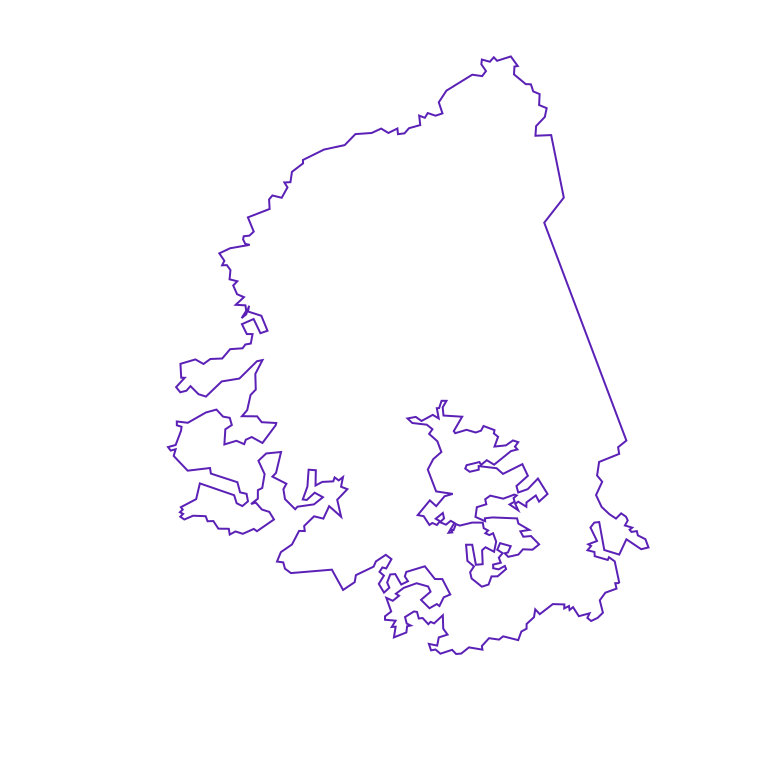 the district of Cañazas, Veraguas, Panama, rotated 254°
{"feature_id": "35544464B38467816512648", "entity_name": "Cañazas", "entity_type": "district", "adm_level": 2, "iso_a3": "PAN", "parent_name": "Panama", "parent_adm1": "Veraguas", "projection": "natural_earth1", "projection_center": [-81.335, 8.382], "detail": "fine", "context": "isolated", "style": "outline", "palette": "violet", "viewbox_px": 768, "rotation_deg": 254, "n_neighbors": 0, "source": "geoboundaries", "source_scale": "gbopen_adm2", "svg_char_len": 6166}
<svg xmlns="http://www.w3.org/2000/svg" viewBox="0 0 768 768"><g transform="rotate(254 384 384)"><path d="M114.6,360.3L109.2,363.9L109.7,376.2L104.6,378.9L103.6,383.9L107.4,393.1L101.5,405.4L105.1,405.8L110.7,414.9L106.6,424.1L108.6,429.0L100.8,442.4L108.2,447.8L109.5,453.6L114.0,454.9L118.5,463.9L125.7,467.3L119.8,470.3L125.9,485.6L122.4,496.6L118.6,495.4L119.6,500.6L115.6,500.1L117.4,504.2L107.1,507.3L106.9,518.4L103.1,515.0L99.1,517.8L100.3,524.9L103.8,531.4L116.6,531.8L122.4,539.3L123.2,551.1L128.8,551.4L128.0,554.5L128.5,555.4L149.9,556.9L155.5,552.5L153.2,550.6L160.4,539.1L164.5,540.0L168.1,533.8L171.2,538.4L173.6,536.2L174.4,545.5L189.1,542.9L192.8,547.9L192.0,552.8L163.7,550.0L155.2,563.1L167.9,574.2L154.3,585.7L154.0,593.2L162.8,592.5L168.5,586.3L172.9,586.5L173.6,581.1L176.2,579.9L177.5,583.0L181.6,576.6L185.7,580.7L189.8,580.0L194.3,576.3L190.7,569.9L196.7,564.8L205.9,559.3L218.8,557.2L229.9,566.8L237.3,563.6L249.8,569.3L252.0,590.8L258.7,591.6L262.8,601.4L494.9,582.5L513.6,608.2L577.2,613.3L580.9,598.0L590.0,601.3L596.4,612.2L604.3,616.4L609.4,610.0L619.8,613.5L624.1,608.1L631.6,607.8L633.2,602.9L645.8,594.3L653.2,596.9L652.8,600.2L663.9,596.2L663.5,581.8L667.8,579.6L664.6,574.6L668.9,567.5L664.5,565.7L656.7,568.3L652.9,563.2L657.0,554.1L648.8,524.9L639.7,514.3L628.0,514.8L627.7,507.5L632.4,500.7L628.6,496.6L632.3,491.8L622.9,490.2L623.0,478.5L619.3,472.8L620.3,466.3L625.9,467.3L624.1,457.4L630.3,451.7L628.7,441.3L632.1,425.4L624.5,412.1L625.9,390.9L621.7,367.8L618.4,367.0L613.3,354.0L603.8,349.7L605.2,343.8L599.6,345.4L591.2,337.0L596.0,328.7L593.1,324.4L583.8,322.3L581.7,299.1L566.4,300.8L563.7,295.5L564.7,289.9L561.8,288.4L556.9,289.3L554.8,293.3L556.9,273.5L555.0,261.7L546.4,264.5L542.7,261.1L541.6,265.7L535.8,267.8L527.2,264.4L523.2,271.3L520.3,266.2L510.8,267.5L506.1,273.3L501.0,263.3L497.8,272.5L492.3,271.7L486.6,265.3L488.9,270.7L496.4,275.9L491.2,273.2L483.4,284.9L467.3,286.7L466.9,279.2L482.4,276.6L480.7,263.9L469.8,265.9L468.2,271.4L459.6,267.1L460.2,261.6L457.3,257.9L459.9,245.7L453.1,235.5L455.9,224.0L453.0,216.0L459.6,209.5L459.5,193.9L446.0,190.8L444.9,194.1L438.3,183.3L432.2,185.9L432.0,192.2L435.3,197.4L425.3,202.9L421.0,209.4L431.2,228.7L429.1,246.5L440.9,268.1L440.5,273.8L429.2,263.1L414.0,259.2L410.2,252.7L396.6,245.3L392.2,238.6L387.9,253.1L381.0,255.9L376.2,269.7L374.2,268.5L360.8,250.9L369.5,242.2L368.5,235.8L364.7,233.0L370.1,226.5L369.9,213.9L384.2,219.0L386.5,226.4L394.0,226.4L397.0,220.3L405.6,215.9L405.7,204.9L400.8,184.7L405.1,174.5L401.4,173.5L398.7,177.6L395.0,176.0L382.8,166.9L382.9,159.0L378.8,160.6L378.7,165.7L372.8,162.0L354.8,171.4L351.2,193.6L345.6,192.9L330.0,216.0L319.5,215.8L316.3,221.6L308.7,220.9L305.7,214.2L310.0,209.5L318.4,209.3L339.2,179.6L325.1,171.7L321.6,154.8L318.8,155.9L317.0,152.5L314.5,155.1L312.6,151.6L308.8,154.7L310.0,164.2L306.1,176.1L300.7,176.6L299.3,182.2L290.6,184.9L287.6,194.9L281.8,194.2L283.2,200.6L278.9,207.0L280.6,218.9L277.5,221.3L284.1,240.9L292.7,238.5L297.0,232.0L305.3,228.1L305.3,223.1L308.5,231.1L316.7,233.5L317.6,238.3L330.3,244.4L344.8,242.1L349.7,251.6L347.0,266.3L328.3,255.7L325.7,251.2L315.0,262.7L310.6,258.3L300.7,257.1L288.1,264.1L289.9,267.0L287.6,283.5L292.0,294.1L298.6,287.4L293.8,277.8L295.4,274.1L306.5,282.1L322.4,287.9L319.9,294.7L305.3,290.2L306.9,297.7L304.4,308.4L307.8,310.8L303.8,313.9L305.8,318.9L297.1,314.4L293.0,319.8L285.6,307.1L268.2,306.2L281.7,297.6L271.3,288.6L276.1,280.3L269.5,268.1L264.5,267.3L266.2,261.9L255.1,251.3L250.8,238.5L242.8,232.2L240.3,238.0L233.8,237.9L227.9,242.4L219.9,282.7L197.3,287.9L201.6,301.2L208.0,304.3L211.3,323.7L215.7,327.3L219.3,338.6L213.6,342.9L206.1,335.3L208.1,331.9L204.7,327.9L199.8,331.1L193.3,323.9L183.5,326.5L186.7,333.0L192.3,332.3L199.2,337.5L198.2,342.4L186.5,345.3L187.8,352.7L193.3,351.0L197.2,353.6L197.5,373.0L182.5,379.2L180.4,386.3L163.4,389.7L162.5,382.6L155.3,376.1L157.9,374.1L155.9,365.9L166.3,360.1L171.5,371.5L177.2,370.6L183.5,360.4L182.6,346.8L179.1,337.6L176.3,340.1L173.2,332.7L177.8,327.3L163.3,328.2L160.4,320.9L157.1,320.0L153.3,329.9L148.3,324.5L147.5,328.3L137.7,323.7L139.0,337.0L144.7,339.4L144.5,343.1L147.5,339.8L154.2,340.0L157.1,350.1L155.8,352.9L149.0,352.8L148.4,356.6L140.9,360.4L142.5,363.2L140.1,366.2L145.5,376.8L132.5,373.5L125.6,376.0L125.3,366.8L117.9,363.0L121.8,355.5L115.0,355.8L114.6,360.3ZM233.2,510.9L228.2,500.6L235.0,499.2L230.9,488.3L226.8,487.0L233.9,480.6L232.7,477.1L225.6,478.2L233.6,471.5L234.9,477.1L238.6,477.1L240.3,480.8L241.8,478.8L240.9,467.0L247.4,455.4L245.3,449.5L240.2,449.2L240.0,439.3L231.0,435.3L224.3,443.4L227.1,444.0L225.8,451.6L218.1,474.9L212.8,474.7L203.7,483.5L204.8,474.5L198.8,475.8L197.3,483.4L187.1,488.9L183.8,481.1L186.8,472.0L183.0,466.2L183.6,455.8L188.0,453.4L187.9,456.7L193.2,461.1L199.0,451.7L193.5,447.2L188.7,451.4L185.4,446.5L180.0,447.0L180.3,439.1L176.8,438.2L174.2,443.1L175.8,450.0L172.5,450.4L167.8,440.2L169.4,434.3L162.4,429.2L162.2,422.2L172.9,414.6L179.3,414.9L183.9,420.2L191.0,415.4L206.9,418.6L205.2,424.5L184.9,422.5L183.6,429.2L197.2,432.5L199.1,436.6L192.4,443.6L201.6,448.4L210.5,447.7L209.7,443.7L212.6,440.3L214.5,443.7L217.9,440.1L223.5,440.7L226.5,430.5L227.0,417.8L229.5,414.6L224.4,410.6L225.5,408.6L222.5,408.7L223.2,405.0L231.1,413.4L234.1,410.4L231.7,404.8L235.7,399.8L238.3,404.7L243.8,405.0L240.2,396.6L236.7,400.0L233.9,396.0L237.1,392.1L236.0,388.8L246.0,385.7L248.7,380.3L259.5,396.0L252.2,400.5L259.4,411.3L259.4,419.8L266.4,404.5L289.7,402.5L298.2,410.6L302.8,420.4L314.3,419.5L323.6,413.6L327.2,418.1L333.1,413.9L338.7,400.5L344.4,397.1L343.6,405.5L338.1,409.9L340.9,422.4L335.8,427.1L346.2,428.1L345.6,430.3L352.0,434.7L350.6,439.4L345.4,434.0L337.3,432.5L331.0,450.1L319.5,438.1L317.1,438.9L317.2,450.7L312.1,458.8L312.4,464.4L316.2,468.1L309.2,477.5L306.2,476.0L301.8,479.1L293.4,473.0L291.4,484.3L294.2,492.4L291.1,497.0L287.7,492.6L284.3,494.2L284.5,487.5L276.1,467.6L282.4,461.8L279.5,455.0L282.7,454.2L283.2,441.0L280.3,438.8L276.0,442.2L275.5,451.4L279.0,452.4L272.0,469.0L264.8,473.6L268.8,494.9L256.1,497.0L249.4,483.2L242.7,483.1L243.3,493.2L250.7,505.9L233.2,510.9Z" fill="none" stroke="#5b21b6" stroke-width="2"/></g></svg>